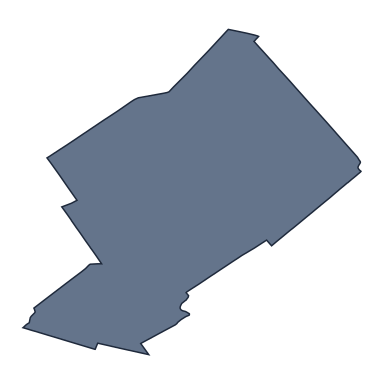 Petresti, Satu Mare, Romania (Equal Earth projection)
{"feature_id": "2599482B2031241527565", "entity_name": "Petresti", "entity_type": "district", "adm_level": 2, "iso_a3": "ROU", "parent_name": "Romania", "parent_adm1": "Satu Mare", "projection": "equal_earth", "projection_center": [22.375, 47.595], "detail": "fine", "context": "isolated", "style": "filled", "palette": "slate", "viewbox_px": 384, "rotation_deg": 0, "n_neighbors": 0, "source": "geoboundaries", "source_scale": "gbopen_adm2", "svg_char_len": 2960}
<svg xmlns="http://www.w3.org/2000/svg" viewBox="0 0 384 384"><path d="M198.6,284.3L210.3,276.4L215.5,273.0L220.7,269.5L225.1,266.6L232.0,262.0L239.6,257.0L241.8,255.5L254.3,248.1L266.6,240.1L269.7,243.7L271.6,245.8L276.9,241.3L290.7,229.9L292.7,228.4L303.0,219.9L306.1,217.3L310.0,214.1L312.0,212.5L314.6,210.3L317.0,208.3L318.7,206.9L320.1,205.8L321.2,204.8L322.6,203.7L324.5,202.1L326.6,200.4L328.7,198.7L331.3,196.5L333.7,194.4L335.8,192.6L337.5,191.2L339.2,189.7L341.1,188.1L341.8,187.5L343.3,186.3L345.9,184.1L347.3,182.9L347.8,182.7L348.7,181.9L349.2,181.5L351.5,179.5L353.5,177.9L354.7,176.9L356.4,175.5L358.0,174.1L359.1,173.2L359.8,172.6L360.6,171.9L360.7,171.7L361.0,171.3L360.7,171.0L359.6,170.2L358.9,169.4L358.6,168.9L358.2,168.3L358.0,167.6L358.0,167.0L358.2,166.5L358.7,165.5L359.2,164.6L359.9,163.6L360.3,162.7L360.4,162.3L360.3,161.7L359.9,161.0L359.2,160.1L358.8,159.5L358.3,158.6L357.9,158.0L357.6,157.4L357.0,156.7L346.1,144.4L337.2,134.3L327.1,122.8L318.4,113.1L308.9,102.6L300.8,93.5L295.9,88.0L290.1,81.4L285.1,75.9L278.9,69.2L273.3,62.7L268.7,57.7L264.3,52.8L259.1,47.1L254.0,41.4L255.1,40.3L256.3,38.9L257.7,37.5L258.6,36.4L257.4,35.9L254.7,35.1L247.2,33.3L238.2,31.4L230.8,29.9L228.3,29.4L226.1,31.7L221.6,36.6L216.5,42.1L207.4,51.9L194.5,65.3L187.2,73.3L177.9,82.6L173.6,86.9L169.0,91.8L167.2,92.5L163.9,93.2L138.3,97.8L134.4,99.6L131.0,101.8L116.4,111.9L104.3,119.8L82.9,134.2L66.7,145.1L60.8,148.9L48.6,156.9L47.0,157.9L47.9,159.1L51.3,163.7L59.3,174.9L67.1,186.2L74.4,196.6L75.3,197.9L77.0,200.3L73.6,202.1L71.3,203.3L66.3,205.2L61.8,206.9L67.3,214.5L71.1,219.9L71.5,220.7L75.0,225.7L76.0,227.2L79.9,232.6L85.6,240.9L89.9,246.9L90.3,247.6L91.1,248.7L92.3,250.3L96.1,255.7L101.6,263.8L97.8,263.8L90.2,264.2L88.8,265.2L85.6,268.5L81.5,271.8L72.3,278.7L66.0,283.5L53.3,293.2L43.9,300.4L33.9,308.1L34.6,309.8L34.8,310.8L35.1,311.4L35.1,311.9L34.9,312.5L34.5,313.0L33.2,314.3L31.3,316.2L30.3,317.6L29.7,320.4L29.3,322.6L29.2,322.8L28.2,323.4L26.5,324.5L25.7,325.2L23.8,327.0L23.0,327.7L27.4,329.0L31.2,330.2L35.1,331.3L45.1,334.3L48.0,335.2L81.6,345.3L94.9,349.3L95.2,349.3L96.7,345.6L97.7,343.2L97.9,343.2L98.7,343.4L101.8,344.1L109.4,345.8L109.7,345.9L112.0,346.4L112.1,346.5L112.3,346.5L114.2,346.9L116.1,347.4L116.8,347.5L117.0,347.5L119.3,348.1L148.7,354.6L145.2,349.7L141.3,344.3L140.7,343.5L145.8,340.7L163.4,331.2L175.4,324.8L176.8,323.6L177.0,323.5L177.1,323.2L177.3,322.9L177.7,322.4L180.8,319.8L182.0,319.0L183.6,318.0L184.5,317.4L186.6,316.2L187.3,316.0L188.9,315.3L189.3,315.0L189.4,314.6L189.4,314.2L189.4,313.9L189.2,313.6L188.8,313.4L187.8,312.8L186.8,312.2L185.5,311.5L184.4,311.2L182.8,310.8L182.3,310.6L181.5,310.2L181.1,309.9L180.7,309.3L180.2,308.6L180.1,307.5L180.3,306.5L180.8,305.3L181.7,303.5L181.9,303.3L183.8,301.8L185.0,300.8L186.1,300.1L187.0,298.8L188.1,297.4L188.6,295.7L188.4,295.4L186.1,292.7L186.8,291.9L191.7,288.7L196.7,285.5L198.6,284.3Z" fill="#64748b" stroke="#1e293b" stroke-width="1.5"/></svg>